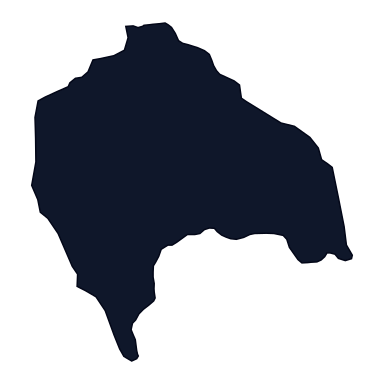 Boganangone, Lobaye, Central African Republic
{"feature_id": "33826404B50242901211322", "entity_name": "Boganangone", "entity_type": "district", "adm_level": 2, "iso_a3": "CAF", "parent_name": "Central African Republic", "parent_adm1": "Lobaye", "projection": "natural_earth1", "projection_center": [17.185, 4.689], "detail": "fine", "context": "isolated", "style": "filled", "palette": "ink", "viewbox_px": 384, "rotation_deg": 0, "n_neighbors": 0, "source": "geoboundaries", "source_scale": "gbopen_adm2", "svg_char_len": 1643}
<svg xmlns="http://www.w3.org/2000/svg" viewBox="0 0 384 384"><path d="M351.5,258.7L352.3,255.2L346.4,245.0L344.1,226.5L338.4,197.7L332.2,167.4L327.7,163.9L321.6,159.7L318.3,148.0L309.9,137.4L294.4,126.3L281.0,123.0L246.2,101.5L241.4,98.2L240.5,92.2L239.5,85.0L234.1,80.9L219.7,74.3L216.5,70.7L213.6,65.6L211.8,60.4L209.3,54.4L204.5,50.7L197.9,47.8L188.1,44.7L182.6,43.3L178.5,40.6L175.3,33.4L171.5,27.4L168.0,24.7L165.1,23.0L159.6,23.7L152.8,24.3L149.8,24.7L143.9,25.3L142.7,26.3L138.0,27.6L133.2,25.9L125.8,26.4L128.1,37.7L124.4,50.2L113.9,55.7L100.5,58.6L93.0,59.9L88.0,71.9L81.8,77.3L75.4,78.3L69.9,82.8L68.2,86.7L57.3,91.5L45.3,97.0L38.1,100.9L35.0,117.4L35.3,127.4L35.6,138.3L35.9,161.9L31.7,185.4L37.8,199.6L40.3,212.2L47.8,218.3L58.1,233.5L72.3,266.4L77.6,274.2L77.1,286.4L85.4,290.6L96.0,296.8L105.2,310.6L114.1,335.1L119.7,349.0L123.9,356.4L131.7,361.0L136.7,358.7L138.3,356.0L137.5,354.2L136.7,350.6L135.3,339.7L133.3,335.1L131.1,329.7L132.5,323.2L135.6,320.0L138.9,313.9L143.4,309.3L149.2,304.8L153.7,300.9L155.1,298.0L154.2,291.9L154.0,288.7L154.2,283.5L153.1,277.1L153.1,271.9L153.4,265.8L155.6,262.2L158.7,256.4L161.2,249.3L167.9,245.1L172.1,245.1L176.8,242.2L187.4,234.5L191.6,234.5L194.9,234.5L199.9,233.5L204.4,229.6L209.4,228.0L214.4,228.3L217.2,231.6L221.7,235.1L226.1,237.1L230.6,238.7L236.4,239.3L243.7,237.4L249.8,234.5L254.5,233.5L266.2,233.2L274.0,233.5L283.2,235.4L286.8,239.3L289.4,247.4L294.6,254.8L298.0,259.6L301.9,262.9L307.7,262.6L311.4,262.2L316.9,261.9L321.1,260.0L324.7,256.7L327.0,252.9L330.0,252.9L335.0,254.2L338.4,258.4L345.3,260.6L351.5,258.7Z" fill="#0f172a" stroke="#020617" stroke-width="1.5"/></svg>